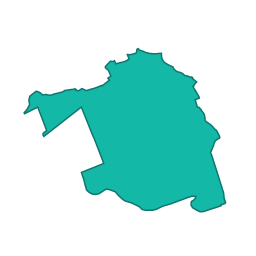 Cernica, Ilfov, Romania, rotated 96°
{"feature_id": "2599482B48526584820869", "entity_name": "Cernica", "entity_type": "district", "adm_level": 2, "iso_a3": "ROU", "parent_name": "Romania", "parent_adm1": "Ilfov", "projection": "orthographic", "projection_center": [26.324, 44.406], "detail": "fine", "context": "isolated", "style": "filled", "palette": "teal", "viewbox_px": 256, "rotation_deg": 96, "n_neighbors": 0, "source": "geoboundaries", "source_scale": "gbopen_adm2", "svg_char_len": 4007}
<svg xmlns="http://www.w3.org/2000/svg" viewBox="0 0 256 256"><g transform="rotate(96 128 128)"><path d="M207.0,106.1L207.6,105.2L208.0,101.7L207.2,95.0L206.4,92.6L206.0,91.5L203.9,88.2L202.9,86.6L201.7,84.3L200.1,80.3L199.0,77.7L196.5,72.6L191.1,61.7L189.1,57.0L189.0,53.3L190.5,53.4L193.0,55.3L194.5,57.3L198.0,57.3L200.5,55.5L203.0,49.9L203.7,47.7L203.6,46.1L203.2,44.2L200.1,37.3L197.1,30.5L195.5,27.2L194.7,27.5L193.8,25.5L193.2,24.0L192.8,23.7L192.1,23.1L190.8,23.7L189.5,24.3L189.2,24.4L187.6,25.1L183.8,25.9L182.9,26.1L182.1,26.3L180.5,27.0L179.8,27.5L178.9,27.7L176.9,28.6L176.5,28.7L175.5,29.2L172.3,30.6L170.9,31.2L161.4,35.3L148.0,41.2L145.5,42.3L144.4,43.0L144.0,43.3L143.5,43.4L142.5,43.0L141.5,42.6L140.2,42.2L139.5,42.0L138.7,41.8L138.1,41.6L136.9,41.2L135.9,41.0L134.4,40.8L133.3,40.4L132.3,40.1L131.7,39.9L130.7,38.8L129.6,37.6L129.0,36.6L128.5,36.0L128.2,35.7L127.3,35.9L126.8,36.1L126.1,36.4L124.4,37.6L121.7,39.3L120.8,40.2L120.0,41.7L119.4,42.4L118.7,43.0L118.2,43.6L117.5,44.2L117.0,45.0L116.0,46.3L114.9,48.3L113.3,51.3L112.6,52.0L112.2,52.1L110.5,52.4L108.4,53.0L107.7,53.2L106.7,53.5L105.8,54.1L104.7,55.1L102.7,57.0L102.1,57.3L101.8,57.5L101.5,57.7L101.1,58.5L100.4,59.1L100.2,59.4L100.0,60.2L100.1,61.1L99.3,61.5L92.7,64.2L91.3,61.0L90.9,60.2L90.6,60.1L90.4,60.2L88.1,61.6L87.4,62.2L85.5,63.5L80.0,67.8L79.6,67.2L79.1,66.9L78.8,67.2L77.5,66.3L75.0,64.5L72.5,68.5L72.1,68.7L71.7,68.8L71.1,69.2L70.7,69.8L70.6,70.0L70.8,70.2L71.1,70.5L71.1,70.9L70.4,72.7L70.3,73.5L70.0,75.0L70.0,76.8L69.9,77.1L68.6,78.6L68.2,79.3L67.9,80.1L67.5,81.0L67.3,82.0L67.2,82.7L67.0,83.8L66.9,84.5L66.7,85.3L66.2,86.3L65.4,87.5L64.6,88.3L63.9,89.0L63.2,89.5L62.9,89.6L62.6,89.6L61.4,93.3L60.6,95.3L60.0,96.6L59.4,97.8L58.9,98.6L58.4,99.4L57.8,99.9L56.5,100.8L55.4,101.4L53.6,102.1L52.5,102.2L51.1,102.5L50.4,102.6L50.2,102.6L50.8,105.9L51.1,107.3L51.5,109.5L51.5,112.0L51.6,113.4L51.4,115.7L51.1,118.2L50.6,119.6L50.1,120.9L49.9,122.2L49.3,124.9L48.0,126.1L48.2,126.4L48.4,126.9L48.7,127.2L49.2,127.4L49.9,127.4L50.7,127.3L52.3,127.7L52.8,128.1L53.4,129.5L54.4,132.0L54.9,133.7L55.0,136.3L56.0,135.9L59.2,134.0L59.9,135.0L60.1,135.4L61.1,136.2L61.7,137.4L62.5,138.7L63.8,142.5L64.6,144.6L65.5,146.6L62.5,148.5L63.2,149.4L63.5,149.9L63.4,152.5L68.8,156.6L69.7,157.0L70.1,156.9L70.5,156.7L71.5,155.4L71.8,155.0L72.1,154.0L72.3,153.9L73.7,153.0L75.0,152.2L75.5,152.0L75.8,151.8L76.6,151.4L77.0,151.1L77.5,150.9L77.9,150.7L78.2,150.5L80.5,153.2L81.1,152.7L81.9,152.1L82.1,152.0L82.3,151.9L82.5,151.6L83.3,152.5L86.2,155.5L87.6,156.9L88.8,158.2L88.4,158.6L88.9,159.5L89.4,160.5L90.2,162.0L91.2,163.8L91.5,164.6L92.0,165.6L92.3,166.3L92.7,167.4L93.4,169.3L94.5,171.8L95.2,173.5L94.5,175.4L93.6,177.8L94.1,178.5L94.9,179.5L96.0,180.9L96.2,181.7L96.0,182.8L95.7,183.9L95.1,183.7L94.5,185.1L95.0,185.3L95.9,189.5L96.7,192.5L97.3,194.8L98.4,196.1L99.0,197.0L100.7,201.5L101.9,204.9L102.5,206.2L103.1,207.3L103.6,209.7L103.4,211.5L103.2,213.4L103.8,215.0L104.0,216.7L103.2,217.5L102.5,218.5L101.7,220.1L101.2,221.8L101.1,222.6L101.1,223.2L102.0,224.2L103.7,226.0L104.5,226.8L105.9,228.2L106.5,228.7L106.7,229.0L107.7,229.1L110.9,229.5L114.4,228.4L115.2,228.4L116.1,228.7L119.4,230.1L120.7,230.8L122.4,231.9L123.1,232.6L123.5,232.9L123.8,232.8L124.6,232.4L123.5,230.5L122.5,229.0L119.5,224.4L116.7,219.9L131.3,212.5L138.5,208.9L138.9,208.6L139.0,208.6L141.5,211.2L142.2,211.7L142.8,211.9L143.1,211.9L143.8,211.8L145.2,210.8L129.9,195.0L123.9,188.9L116.0,180.6L112.1,176.6L112.9,176.2L114.3,175.4L116.6,174.2L126.6,168.9L133.1,165.5L137.4,163.2L138.6,162.6L142.1,160.5L151.8,155.5L162.8,149.9L165.8,148.5L167.5,151.6L170.8,157.8L173.7,163.4L176.2,168.1L177.0,169.7L180.6,168.1L184.0,166.5L186.6,165.6L188.6,164.9L194.1,162.7L195.4,160.8L196.1,159.9L197.5,156.4L197.5,153.5L196.4,150.0L191.2,143.6L191.1,142.4L191.1,140.6L192.1,136.7L192.5,135.0L192.8,133.9L196.4,130.1L199.5,125.8L200.7,123.8L201.3,120.9L202.4,115.8L205.1,108.5L206.9,106.2L207.0,106.1Z" fill="#14b8a6" stroke="#0f766e" stroke-width="1.5"/></g></svg>